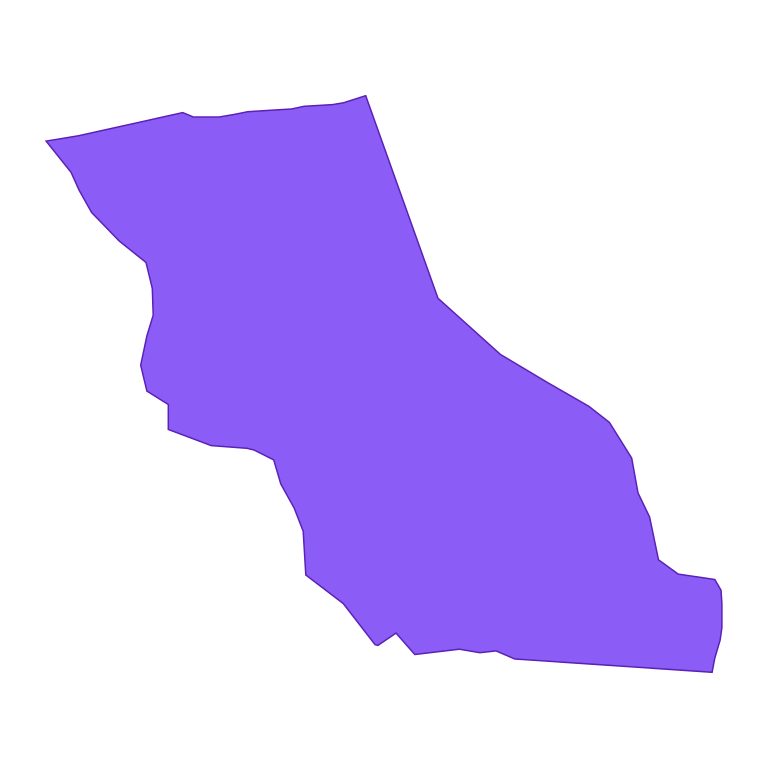 Dalat, Sarawak, Malaysia (Albers equal-area conic projection)
{"feature_id": "92858781B41279548929635", "entity_name": "Dalat", "entity_type": "district", "adm_level": 2, "iso_a3": "MYS", "parent_name": "Malaysia", "parent_adm1": "Sarawak", "projection": "albers", "projection_center": [111.988, 2.703], "detail": "fine", "context": "isolated", "style": "filled", "palette": "violet", "viewbox_px": 768, "rotation_deg": 0, "n_neighbors": 0, "source": "geoboundaries", "source_scale": "gbopen_adm2", "svg_char_len": 893}
<svg xmlns="http://www.w3.org/2000/svg" viewBox="0 0 768 768"><path d="M377.9,645.4L396.0,633.1L414.8,654.5L459.4,649.2L479.9,652.7L496.0,650.9L514.8,659.0L712.1,672.3L714.8,658.1L720.1,640.2L721.9,627.7L721.9,616.1L721.9,603.6L721.0,590.2L714.8,579.5L678.2,574.1L658.5,559.8L649.6,517.0L638.0,492.9L631.7,458.1L609.4,422.4L588.8,406.3L546.9,382.2L500.5,354.5L438.0,298.3L365.7,95.7L365.3,95.8L343.3,102.8L332.6,104.6L304.1,106.3L291.6,109.0L276.4,109.9L262.1,110.8L247.8,111.7L234.4,114.4L219.3,117.0L204.1,117.0L193.4,117.0L182.7,112.6L78.2,135.8L46.1,141.1L71.1,172.4L79.1,190.2L91.6,212.5L119.3,241.1L146.0,262.5L152.3,288.4L153.2,315.2L146.9,335.8L140.7,365.2L146.9,391.1L168.3,404.5L168.3,429.5L211.2,445.6L246.9,448.3L254.0,450.0L273.7,459.9L280.8,484.0L294.2,508.1L303.2,531.3L305.8,575.0L343.3,603.6L375.0,644.6L377.9,645.4Z" fill="#8b5cf6" stroke="#5b21b6" stroke-width="1.5"/></svg>